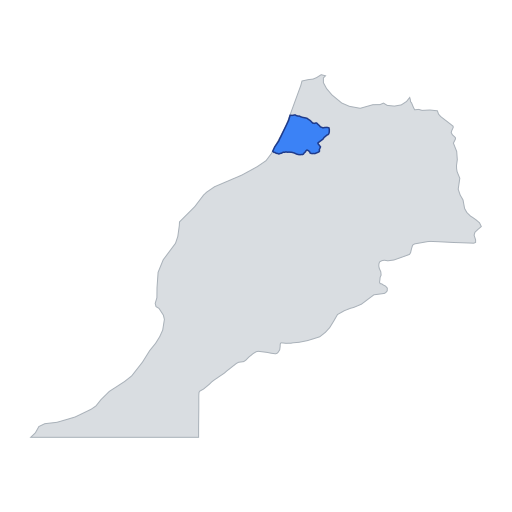 location of Gharb - Chrarda - Béni Hssen within Morocco
{"feature_id": "MAR-1448", "entity_name": "Gharb - Chrarda - Béni Hssen", "entity_type": "Region", "adm_level": 1, "iso_a3": "MAR", "parent_name": "Morocco", "parent_adm1": "", "projection": "robinson", "projection_center": [-5.873, 34.557], "detail": "fine", "context": "in_parent", "style": "filled", "palette": "blue", "viewbox_px": 512, "rotation_deg": 0, "n_neighbors": 0, "source": "natural_earth", "source_scale": "10m", "svg_char_len": 3544}
<svg xmlns="http://www.w3.org/2000/svg" viewBox="0 0 512 512"><path d="M35.4,432.8L38.9,426.5L44.8,423.7L57.0,422.3L75.1,417.0L91.4,409.1L96.0,405.9L101.0,399.6L109.3,391.4L124.6,381.5L131.7,375.9L142.5,362.1L149.7,350.6L155.6,343.3L159.7,336.7L162.7,330.1L164.4,319.4L163.4,315.2L159.0,308.4L156.0,306.6L155.2,303.4L156.9,297.7L157.0,287.9L158.1,272.3L163.2,259.8L175.5,243.3L177.8,236.5L179.3,225.7L179.5,221.9L194.7,206.7L203.6,195.0L206.7,192.1L214.6,186.7L241.8,175.1L257.2,166.7L266.1,160.6L271.5,153.4L286.3,125.2L300.8,85.5L302.0,81.0L308.4,79.6L313.0,79.1L316.6,77.6L321.2,74.7L325.5,75.8L323.4,77.9L323.4,82.7L326.5,88.5L331.9,94.9L341.7,103.0L349.3,106.3L360.2,108.3L372.9,104.7L380.0,104.6L383.5,103.1L387.2,105.4L394.4,106.1L401.3,104.9L406.5,101.5L409.7,97.5L410.3,99.5L410.5,101.6L411.5,102.8L413.6,107.8L414.7,109.8L418.7,109.4L422.1,110.4L429.9,110.0L437.4,110.8L438.5,114.1L440.7,116.6L448.5,122.6L453.1,126.2L453.2,127.5L451.8,130.5L451.2,132.6L452.4,134.8L455.3,137.5L455.5,138.8L454.9,140.2L453.4,143.1L456.7,151.5L457.3,159.7L456.5,165.5L456.6,168.8L457.1,171.7L459.8,178.3L458.2,189.2L460.2,195.1L463.0,199.9L464.6,208.5L466.9,212.6L470.6,216.2L472.6,217.4L476.7,220.4L479.5,222.8L481.3,226.5L477.7,229.6L474.9,232.3L474.1,235.2L475.6,239.9L475.6,242.4L473.8,243.2L466.3,242.9L460.5,242.7L453.7,242.5L444.3,242.0L438.4,241.7L430.4,241.4L427.6,241.6L420.3,242.9L415.1,243.8L414.2,244.1L412.6,245.2L411.5,248.7L410.6,252.6L409.5,254.4L393.9,260.0L387.8,260.8L384.3,260.2L381.8,260.7L379.6,261.9L378.9,263.8L378.8,266.1L379.3,268.5L380.8,271.8L381.1,275.1L380.1,277.4L379.9,279.8L379.5,282.3L380.3,283.7L381.8,283.9L383.3,285.0L385.5,286.1L387.3,288.1L387.2,290.9L385.7,292.6L384.4,293.4L378.6,294.2L373.9,294.8L367.9,299.3L361.4,304.2L353.8,307.4L350.4,308.3L344.5,310.6L337.5,314.5L334.0,320.6L329.7,327.6L325.4,332.3L319.7,336.8L314.3,338.5L307.5,340.6L299.0,342.3L292.9,342.8L291.1,343.2L285.8,343.3L283.2,343.0L281.3,342.8L280.5,343.3L280.2,344.4L280.1,346.9L279.7,349.8L278.1,352.3L276.9,353.4L275.5,353.8L271.0,353.2L267.2,352.4L258.3,351.3L256.6,351.6L255.9,351.9L253.1,353.6L248.8,357.1L245.9,360.1L243.7,361.6L238.5,362.3L236.3,363.5L226.6,371.1L224.5,373.0L214.6,379.7L211.7,381.9L209.5,384.1L203.6,389.0L199.7,391.2L199.0,392.4L198.8,395.4L198.8,402.1L198.8,408.5L198.7,417.8L198.6,427.1L198.6,437.3L30.7,437.3L35.4,432.8Z" fill="#d9dde1" stroke="#a8b0b8" stroke-width="1"/><path d="M272.7,151.3L274.7,146.9L278.8,140.9L279.1,140.2L279.8,138.5L280.6,137.1L288.5,120.6L290.1,115.3L290.3,115.3L292.5,115.4L294.3,115.0L295.1,114.9L296.1,115.5L297.0,115.8L298.1,116.1L299.4,116.1L300.8,116.8L302.3,117.3L305.9,118.0L307.2,118.4L308.2,119.2L310.3,120.6L312.7,123.1L313.7,123.2L314.4,123.4L316.1,122.9L317.0,123.3L317.9,124.3L319.4,125.6L320.4,126.9L321.9,127.4L323.0,127.9L324.6,127.5L327.1,127.4L328.9,127.8L329.3,129.3L329.3,131.5L329.1,132.9L328.6,134.0L327.9,134.7L326.7,135.2L326.0,135.9L324.0,137.5L323.0,139.1L318.7,142.3L317.9,143.0L318.1,143.7L318.3,144.1L318.7,144.5L320.5,146.9L319.2,149.9L319.5,150.7L319.4,151.4L318.7,152.0L314.9,153.6L313.6,153.5L312.1,153.6L311.0,153.4L310.1,153.0L309.8,152.0L309.2,151.5L308.7,150.8L307.0,150.0L306.5,150.4L305.9,150.9L305.4,151.9L304.3,152.8L303.4,154.1L302.3,154.6L301.4,154.5L300.2,154.7L298.6,154.6L296.6,154.1L294.3,153.0L291.8,152.3L289.0,152.1L287.3,152.2L285.9,151.9L284.6,152.3L283.2,152.2L281.5,153.2L280.0,153.5L278.9,154.0L277.7,153.5L276.2,153.3L274.9,152.4L274.0,152.4L272.7,151.3L272.7,151.3Z" fill="#3b82f6" stroke="#1e3a8a" stroke-width="1.5"/></svg>